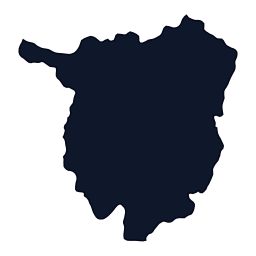 the district of Coronel Murta, Minas Gerais, Brazil
{"feature_id": "56859067B86649493619329", "entity_name": "Coronel Murta", "entity_type": "district", "adm_level": 2, "iso_a3": "BRA", "parent_name": "Brazil", "parent_adm1": "Minas Gerais", "projection": "robinson", "projection_center": [-42.191, -16.603], "detail": "fine", "context": "isolated", "style": "filled", "palette": "ink", "viewbox_px": 256, "rotation_deg": 0, "n_neighbors": 0, "source": "geoboundaries", "source_scale": "gbopen_adm2", "svg_char_len": 3916}
<svg xmlns="http://www.w3.org/2000/svg" viewBox="0 0 256 256"><path d="M222.7,114.3L222.2,111.6L221.9,109.2L221.7,106.9L221.9,104.5L222.8,101.4L223.9,98.1L223.5,94.4L223.6,91.3L224.4,89.2L225.8,87.3L227.5,84.3L228.7,81.3L229.5,79.4L230.3,77.5L231.4,75.4L232.7,72.9L234.0,70.7L234.7,68.7L235.0,66.1L234.6,63.7L234.6,61.2L235.4,59.2L236.4,56.9L236.8,54.5L236.7,52.2L235.5,50.3L233.4,49.0L231.4,48.4L229.0,47.2L226.3,45.7L224.5,43.2L223.1,40.7L221.6,39.3L219.5,39.2L216.8,38.9L214.9,37.5L213.5,36.3L211.7,35.2L209.7,34.4L207.7,33.1L205.4,31.6L203.5,29.6L203.6,26.5L203.7,23.8L202.4,22.3L200.8,21.1L198.2,20.6L195.9,20.7L193.7,20.3L190.9,19.2L188.4,18.0L186.4,15.4L184.6,16.9L183.0,19.1L182.2,20.8L181.6,22.6L180.6,24.7L179.0,26.5L176.8,27.8L174.3,28.2L172.3,28.0L170.4,27.3L168.1,26.7L166.0,26.5L164.2,28.2L163.1,30.9L162.0,33.8L160.3,35.8L157.5,37.4L155.1,38.7L153.0,39.5L150.5,39.9L148.3,40.4L146.5,41.5L144.4,42.5L142.1,43.4L139.7,43.0L138.6,40.9L138.6,38.4L138.4,36.3L136.0,34.4L133.1,33.0L130.2,32.1L127.9,33.5L126.2,35.0L124.0,35.1L122.1,34.8L119.9,34.5L117.6,34.3L116.1,35.5L115.5,37.4L114.2,40.5L111.5,41.4L109.6,41.2L107.7,39.5L105.2,40.5L102.8,42.0L100.0,42.2L97.7,40.2L95.4,38.3L93.3,37.2L90.5,36.6L87.6,37.6L84.6,38.8L81.8,40.6L80.6,44.0L79.8,46.3L78.7,48.4L76.9,50.9L75.1,52.6L73.2,53.7L70.7,54.5L68.9,54.7L67.1,54.5L65.2,54.3L62.9,54.0L59.1,53.7L57.2,53.5L55.2,53.1L53.2,52.3L51.3,51.3L48.8,49.9L46.1,49.3L43.7,49.0L41.2,48.4L39.6,47.6L37.8,46.8L36.0,45.6L34.5,44.2L32.7,43.4L30.2,42.8L27.8,42.3L25.5,41.3L23.2,39.8L22.3,42.4L20.6,45.2L19.4,48.5L19.2,52.0L19.9,54.5L21.5,56.5L24.1,58.2L26.4,60.2L28.7,62.0L31.0,62.5L33.1,61.9L34.9,61.9L36.6,62.2L38.9,62.2L41.8,61.2L43.8,61.7L45.3,62.8L47.1,64.1L49.9,66.1L52.6,66.5L54.4,66.7L56.3,67.3L56.8,70.1L56.5,73.3L56.5,75.8L57.6,78.0L59.3,79.4L61.1,81.6L62.5,83.8L64.1,86.0L66.4,87.1L69.1,87.0L72.3,88.7L75.0,90.2L76.2,93.0L75.1,95.6L74.3,98.1L73.8,101.0L73.5,103.2L71.6,105.6L70.3,107.7L70.3,110.3L70.8,112.7L70.4,114.9L69.5,116.8L68.0,118.0L67.9,120.7L66.8,123.5L65.0,125.4L64.5,127.7L65.6,130.4L64.9,133.1L64.3,135.1L63.4,137.0L65.0,139.3L65.7,141.7L66.0,144.6L66.6,147.5L66.9,150.5L65.8,154.1L63.7,156.7L64.3,159.4L64.1,161.9L64.2,164.4L64.3,166.5L65.5,168.1L66.8,169.3L68.4,170.1L70.8,170.4L72.7,171.0L74.2,172.0L75.9,173.7L77.1,176.7L77.2,179.6L76.3,182.8L75.8,186.7L75.8,189.4L76.9,190.9L79.8,191.5L82.9,191.8L84.5,192.7L84.6,195.8L87.1,197.6L88.9,200.1L89.8,202.7L90.7,204.5L91.6,206.2L92.4,208.7L93.3,211.3L94.2,213.3L95.3,215.2L96.4,216.8L97.8,218.1L99.6,218.8L101.9,218.8L103.7,218.4L105.9,217.1L107.8,215.6L109.7,213.8L111.6,211.8L113.4,209.7L115.1,207.4L117.1,205.2L119.1,203.9L121.2,204.0L123.1,205.9L124.7,207.6L125.7,210.0L125.8,212.8L125.4,214.8L125.0,217.1L124.5,219.1L123.8,221.2L123.8,223.2L124.5,225.1L124.9,227.5L124.6,230.8L124.2,233.7L124.1,236.1L124.5,238.5L127.0,239.9L129.1,240.1L132.4,240.1L135.8,240.1L139.0,240.4L141.4,240.6L143.3,240.6L145.7,240.1L145.5,237.8L146.6,235.9L148.4,233.7L151.0,232.8L152.5,231.6L154.0,229.2L156.1,226.6L157.4,225.0L159.0,223.2L161.0,222.0L163.0,220.9L165.0,221.1L166.8,221.7L168.7,222.0L170.5,221.8L172.6,220.7L174.5,218.9L176.7,217.8L179.7,217.4L182.3,217.5L184.4,217.5L186.3,216.1L188.3,214.9L190.8,214.1L192.3,212.4L193.5,209.6L194.1,206.4L194.2,204.2L193.0,202.3L191.0,200.8L188.9,198.6L188.1,195.8L188.2,193.5L190.4,192.9L192.8,193.3L194.6,192.7L196.7,191.8L198.3,190.5L200.2,192.4L202.4,192.5L203.9,191.2L205.8,189.0L206.9,186.2L208.6,183.6L210.1,180.3L211.2,177.9L212.5,174.4L212.4,171.6L212.3,169.2L213.3,166.6L215.1,163.7L216.6,161.8L217.9,160.1L218.7,157.7L219.6,155.5L219.9,153.2L220.7,150.6L222.8,148.1L223.2,145.7L222.4,143.7L221.3,141.4L220.2,139.0L218.7,136.5L217.6,134.1L217.0,131.6L216.6,127.9L214.5,126.9L214.9,124.8L215.0,122.8L214.3,120.8L213.4,118.3L213.6,115.5L216.2,114.9L218.0,115.6L219.7,116.2L221.4,115.6L222.7,114.3Z" fill="#0f172a" stroke="#020617" stroke-width="1.5"/></svg>